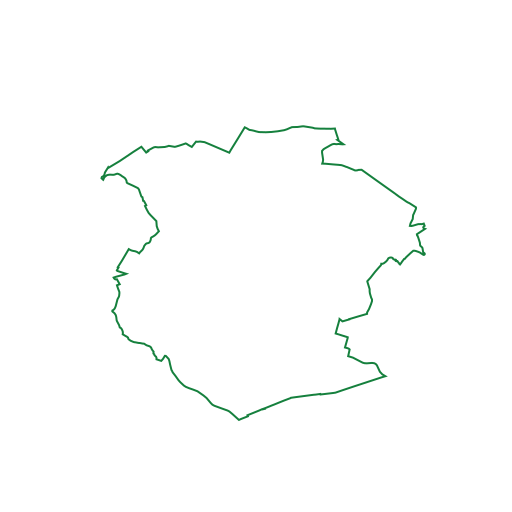 Falticeni, Suceava, Romania, rotated 301°
{"feature_id": "2599482B37140017056503", "entity_name": "Falticeni", "entity_type": "district", "adm_level": 2, "iso_a3": "ROU", "parent_name": "Romania", "parent_adm1": "Suceava", "projection": "orthographic", "projection_center": [26.308, 47.463], "detail": "fine", "context": "isolated", "style": "outline", "palette": "green", "viewbox_px": 512, "rotation_deg": 301, "n_neighbors": 0, "source": "geoboundaries", "source_scale": "gbopen_adm2", "svg_char_len": 6111}
<svg xmlns="http://www.w3.org/2000/svg" viewBox="0 0 512 512"><g transform="rotate(301 256 256)"><path d="M323.5,383.8L324.0,384.0L326.4,384.1L329.8,384.5L330.2,385.0L332.2,385.3L334.7,386.0L336.0,386.4L337.5,386.8L341.5,388.1L342.1,389.0L342.6,390.4L343.2,393.2L343.4,394.8L343.3,396.2L343.2,398.7L343.3,399.2L343.7,399.6L344.2,399.7L344.5,399.7L345.0,399.3L345.1,398.9L345.2,398.3L345.3,397.4L346.2,396.6L348.1,395.0L348.7,394.4L349.1,393.3L349.3,392.0L349.5,391.4L349.9,391.0L351.7,389.7L352.6,388.7L354.9,386.1L356.2,384.5L356.4,384.3L356.4,384.0L356.5,383.7L356.7,383.4L357.5,382.7L358.8,383.3L366.3,386.9L366.1,385.9L366.2,385.3L366.7,384.6L367.6,384.5L368.7,385.0L370.2,383.1L369.4,382.4L368.7,381.7L368.1,380.6L366.9,378.7L366.4,378.2L364.1,376.1L362.9,375.0L361.7,373.7L361.1,372.4L363.7,371.6L365.7,371.5L368.4,371.3L372.0,369.6L373.3,369.5L378.7,368.8L379.7,368.4L380.1,368.0L380.2,364.3L380.3,360.2L380.1,358.4L380.1,356.9L380.4,352.4L380.6,347.8L381.2,341.6L382.8,320.9L384.3,302.1L382.5,299.4L381.7,298.8L380.7,297.5L380.2,296.3L380.2,295.5L379.7,292.3L379.1,288.2L378.8,287.1L378.7,286.5L378.6,285.8L378.3,284.2L377.9,282.5L377.2,281.0L376.5,279.5L374.6,275.7L370.9,268.1L369.3,265.2L371.1,264.8L373.0,264.0L375.1,262.3L378.6,259.4L380.1,258.5L380.6,258.6L382.3,258.9L384.4,260.0L387.2,261.6L389.2,262.7L390.7,263.6L391.4,264.2L392.3,265.2L393.2,267.3L394.5,269.0L395.7,271.5L396.3,272.7L396.8,273.4L397.4,265.9L398.2,266.6L398.4,266.4L400.3,264.2L401.4,262.9L404.6,259.3L405.4,258.4L405.9,258.0L403.7,254.8L399.8,248.1L398.6,246.1L397.7,244.5L395.6,240.5L395.5,239.9L395.2,238.7L394.7,237.4L391.7,230.0L390.9,228.8L388.1,225.3L385.9,221.9L385.0,220.5L382.9,218.9L380.6,217.3L378.4,215.4L374.1,210.4L370.3,205.4L367.2,200.8L363.8,194.8L362.9,192.0L362.3,189.7L361.6,187.6L360.7,185.4L360.7,182.5L360.5,180.1L347.5,180.0L333.6,179.8L330.8,179.9L327.8,158.1L327.1,153.3L325.3,149.1L324.7,148.3L323.7,146.9L323.2,145.7L316.4,144.8L316.3,141.0L316.4,139.2L316.3,137.8L313.7,135.6L310.9,133.2L308.4,130.9L307.7,130.1L307.1,128.6L305.7,125.0L305.5,124.5L304.5,123.7L302.5,121.7L300.5,118.8L298.7,116.1L297.5,113.5L296.3,112.3L290.7,109.0L290.3,109.7L288.1,108.6L290.6,101.5L282.2,97.3L267.2,90.3L255.6,84.1L255.9,83.6L249.9,83.5L249.4,83.6L248.3,84.0L247.8,84.1L246.8,84.2L246.0,84.1L244.9,83.5L244.4,83.2L243.8,83.3L243.1,83.5L242.6,85.8L242.9,85.8L244.0,85.6L245.1,85.5L246.1,85.7L246.7,85.9L248.3,86.5L249.3,87.4L250.5,88.9L252.1,91.9L252.9,92.8L254.5,94.1L255.1,94.7L255.2,94.9L255.5,96.0L255.6,97.5L255.6,98.5L255.4,100.0L255.4,101.3L255.3,103.1L255.1,103.9L254.6,105.0L253.8,106.2L252.4,107.4L252.2,108.2L252.9,114.3L253.3,119.1L253.3,120.1L252.6,121.6L252.2,122.0L248.2,126.8L247.9,127.3L247.9,128.4L245.2,130.8L245.4,131.2L245.4,131.7L243.0,135.8L241.7,135.1L239.5,138.5L237.6,141.8L236.7,144.6L234.6,152.6L230.5,155.5L228.6,157.7L227.2,160.0L225.3,159.6L223.4,159.2L221.7,158.7L220.0,157.9L218.1,156.8L217.2,156.7L216.4,157.1L215.3,157.5L214.0,157.7L212.9,157.7L212.0,157.3L211.4,156.8L210.5,155.8L209.8,155.4L208.6,155.2L207.3,155.0L206.2,155.2L204.4,155.5L203.1,155.5L202.0,155.3L199.4,154.6L198.1,154.5L198.2,151.8L197.8,149.9L197.0,147.8L196.6,146.4L196.4,144.8L196.4,143.4L182.8,143.5L175.2,143.3L175.2,144.1L173.0,144.1L172.0,144.1L171.8,144.6L171.8,144.9L173.5,152.4L173.9,153.9L172.4,152.8L171.6,152.0L166.1,146.7L164.2,145.1L163.7,146.0L163.5,147.0L163.7,147.9L164.4,148.8L162.5,152.1L161.6,153.7L159.3,151.9L157.9,153.5L156.9,154.7L154.9,157.3L154.5,157.6L153.5,158.2L151.6,159.1L150.6,159.4L149.6,159.5L148.6,159.5L147.4,159.6L140.7,161.6L138.6,161.9L137.9,161.9L136.9,161.7L135.8,161.3L135.4,161.0L134.9,161.1L134.5,161.4L134.3,162.7L134.1,164.1L133.3,165.9L132.4,167.0L131.3,168.0L129.6,169.3L129.1,169.7L128.6,170.3L126.2,174.3L125.1,175.5L124.6,176.0L124.6,176.6L124.7,177.0L124.4,178.1L123.7,179.3L122.7,180.6L121.9,181.2L121.4,181.6L120.9,181.8L120.2,182.1L120.3,187.5L120.1,188.4L119.3,189.1L119.0,189.9L118.8,192.1L119.1,194.5L119.4,196.0L119.9,197.1L120.9,199.9L121.1,200.3L121.7,201.5L122.5,203.8L123.1,205.0L123.2,205.3L123.1,207.2L123.1,208.2L123.3,209.1L123.7,210.8L123.8,211.4L123.7,212.4L123.5,213.3L123.1,213.7L122.5,214.6L121.8,215.9L121.3,217.4L121.1,217.6L120.6,217.8L120.0,218.0L119.7,218.2L119.5,218.5L119.4,219.4L118.8,219.9L118.4,221.0L118.2,222.2L117.5,223.1L116.2,223.9L117.3,228.8L120.0,229.3L123.5,229.3L123.9,230.1L123.8,230.6L123.2,232.7L122.8,234.1L122.2,234.9L121.2,236.0L118.7,238.3L114.8,242.2L114.1,243.5L113.4,244.4L111.7,248.8L109.6,253.6L108.8,256.2L107.8,260.9L107.7,263.2L108.2,266.6L109.1,270.9L109.9,275.5L109.4,282.8L108.8,286.8L108.0,289.1L106.7,292.9L106.1,295.2L106.2,297.5L107.7,305.3L108.9,311.3L109.0,313.3L108.4,317.1L106.7,325.8L108.3,326.9L110.4,328.5L114.4,331.6L115.1,330.7L121.6,335.6L125.2,338.3L127.2,339.7L127.8,340.1L127.8,340.5L129.2,341.9L129.3,341.4L130.8,342.6L134.1,345.1L135.6,346.2L138.3,348.3L142.2,351.2L146.3,354.3L152.0,358.8L152.4,358.9L154.9,362.0L160.0,368.4L166.6,376.7L167.9,378.5L170.9,382.2L170.5,382.6L173.2,386.1L178.4,392.8L179.8,394.5L185.5,399.3L195.2,407.6L216.5,426.0L219.6,428.8L219.6,425.2L220.6,421.8L224.6,415.9L225.1,414.2L225.0,412.6L224.1,410.5L221.1,406.3L220.0,404.2L219.5,402.4L219.1,396.2L218.8,391.4L217.6,386.6L224.1,384.4L224.3,383.6L224.2,382.2L223.4,379.4L233.0,376.8L233.6,376.5L230.8,365.0L230.6,364.2L236.1,362.6L240.6,361.4L244.8,360.2L245.0,360.1L244.5,363.8L249.7,368.6L249.9,368.4L251.2,369.6L256.8,374.7L263.6,381.0L264.2,380.6L264.9,380.3L268.7,380.2L273.9,379.4L277.0,378.7L278.4,377.9L279.0,377.1L279.5,376.3L282.6,372.9L284.1,371.7L285.2,371.0L286.1,370.5L288.8,367.5L291.5,364.5L291.8,364.4L296.2,365.3L301.1,365.9L303.6,366.2L309.3,367.2L311.7,367.7L312.4,367.8L313.4,367.7L313.9,367.4L314.5,368.5L315.8,369.4L318.5,370.4L320.4,370.7L322.0,370.6L322.5,370.8L323.4,371.4L324.3,372.5L324.7,374.0L324.0,375.4L324.2,376.5L324.8,377.6L324.8,377.9L324.7,378.0L323.9,377.9L323.7,378.4L323.8,379.0L324.3,379.4L324.5,379.8L324.2,380.3L323.9,381.1L323.7,381.4L323.6,381.9L323.5,382.4L322.9,383.3L322.9,383.8L323.5,383.8Z" fill="none" stroke="#15803d" stroke-width="2"/></g></svg>